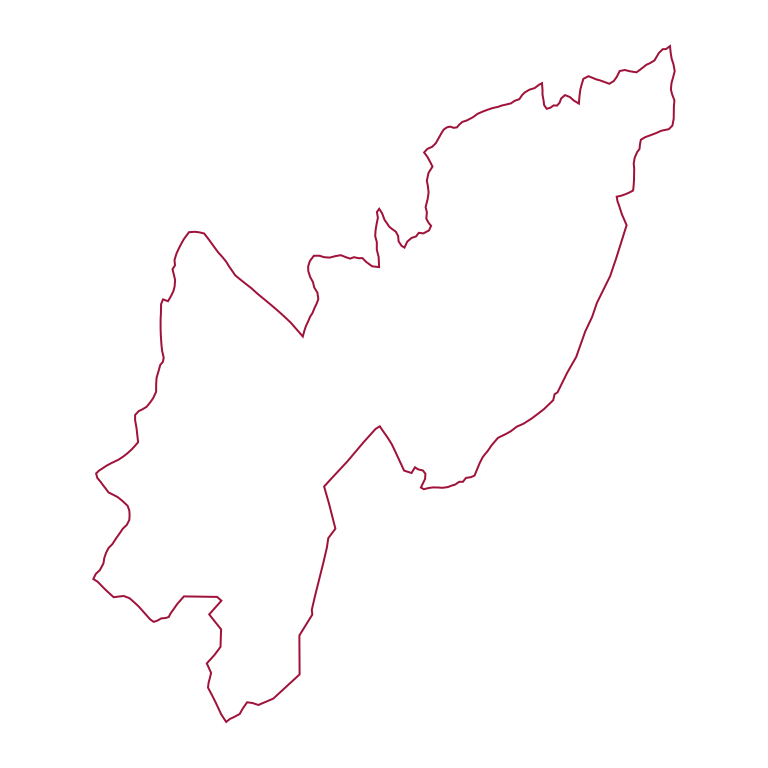 Luanda, Western, Kenya
{"feature_id": "3690345B72511409589589", "entity_name": "Luanda", "entity_type": "district", "adm_level": 2, "iso_a3": "KEN", "parent_name": "Kenya", "parent_adm1": "Western", "projection": "equal_earth", "projection_center": [34.601, 0.021], "detail": "fine", "context": "isolated", "style": "outline", "palette": "rose", "viewbox_px": 768, "rotation_deg": 0, "n_neighbors": 0, "source": "geoboundaries", "source_scale": "gbopen_adm2", "svg_char_len": 4730}
<svg xmlns="http://www.w3.org/2000/svg" viewBox="0 0 768 768"><path d="M204.2,233.5L199.2,232.3L194.7,231.8L189.0,232.2L183.8,239.2L180.5,245.2L178.7,248.7L176.5,253.5L174.5,260.0L175.0,265.3L172.5,269.2L173.7,274.0L175.1,280.0L174.6,286.6L173.3,291.4L170.7,296.6L168.0,301.2L163.0,299.4L161.1,304.1L160.9,314.0L160.6,319.2L160.6,328.7L160.8,334.7L161.4,344.2L162.1,350.8L163.7,357.7L162.8,362.0L160.3,364.8L158.6,370.9L156.6,377.6L156.2,383.2L156.1,391.8L153.2,398.1L149.9,402.8L146.6,406.8L142.5,409.3L138.7,411.1L135.1,415.0L135.1,420.1L136.5,428.0L138.1,442.2L135.2,445.6L131.5,449.6L126.7,453.9L123.3,456.5L118.5,459.7L114.7,461.5L111.4,463.1L106.3,465.8L102.6,468.3L98.9,470.7L96.1,473.5L97.3,477.9L100.8,482.1L103.5,485.8L105.8,488.7L108.5,492.4L112.9,494.6L117.7,497.1L122.4,500.9L127.6,505.8L129.3,510.5L129.6,515.2L129.3,520.0L126.8,524.9L122.8,528.7L120.1,532.7L116.0,538.5L112.3,544.2L108.7,547.8L106.1,552.7L104.3,558.0L103.4,563.5L99.8,570.2L95.8,573.9L93.3,579.0L97.6,581.7L101.4,585.6L104.9,589.2L113.6,597.2L119.1,596.5L123.8,596.0L129.5,598.2L134.1,602.2L138.7,606.5L150.0,619.2L153.7,621.9L157.4,620.6L161.2,618.4L165.6,618.0L168.7,617.0L170.6,613.4L177.1,604.2L183.9,596.4L217.1,596.9L221.4,600.7L209.2,614.4L213.0,619.2L221.1,629.4L220.7,640.7L220.5,646.9L218.2,650.0L214.5,654.9L210.9,658.9L206.8,663.4L211.1,672.9L209.7,678.7L208.6,682.7L208.0,687.6L211.9,695.0L215.5,702.1L221.2,714.3L223.9,718.5L226.2,721.9L230.0,718.9L233.9,717.1L239.7,714.0L242.6,708.8L247.1,702.3L252.5,703.0L258.3,705.0L273.3,698.6L299.6,674.4L299.4,641.1L299.4,635.4L312.3,614.6L311.8,609.8L315.2,595.2L323.5,562.1L326.8,548.0L328.3,538.1L335.4,528.7L329.0,503.6L324.1,486.5L333.1,476.7L347.2,461.6L363.6,442.2L375.6,428.9L379.8,426.3L382.9,430.9L387.7,437.7L391.8,444.3L394.5,449.9L404.1,470.6L411.5,473.0L415.0,467.3L417.9,469.3L422.9,470.5L425.4,473.7L425.1,478.9L420.9,487.5L423.8,489.2L429.1,487.9L433.3,487.4L437.9,487.5L442.4,487.8L447.8,487.1L451.7,485.6L455.1,484.6L459.2,481.8L462.9,481.8L466.0,477.9L470.8,477.2L474.5,475.6L479.8,462.8L482.9,456.8L487.6,451.1L491.6,445.3L494.4,442.0L498.0,437.8L506.1,433.9L511.0,431.1L516.7,426.7L523.5,423.7L531.2,418.8L537.4,414.2L543.9,409.2L553.2,400.2L554.6,394.2L557.5,392.4L567.2,372.7L576.2,357.0L579.8,346.8L585.3,331.3L587.3,327.1L592.2,316.7L596.9,302.9L610.2,276.0L613.8,265.2L615.8,259.5L626.6,225.2L624.3,219.8L622.0,214.6L620.6,210.4L619.1,205.6L617.5,201.3L616.7,196.7L620.9,195.8L625.5,194.2L630.0,192.2L633.1,190.5L633.6,186.0L634.0,179.9L634.1,172.9L634.2,168.5L633.7,163.6L634.7,157.7L637.2,152.0L639.5,149.0L640.0,144.1L640.9,139.7L645.3,137.1L651.1,135.0L656.8,132.8L661.1,130.8L665.2,129.9L668.8,129.2L672.4,125.6L673.7,118.7L673.8,113.0L673.9,106.8L674.4,100.2L672.0,94.0L670.9,89.4L671.5,83.0L673.2,77.0L674.7,71.1L673.5,64.4L671.7,58.9L670.7,53.0L670.0,46.1L666.0,49.1L662.7,49.2L658.8,53.1L654.5,60.4L649.9,63.2L646.3,64.8L642.4,67.9L639.7,70.0L636.5,72.3L633.2,71.8L629.5,71.2L624.9,70.0L619.7,71.0L616.8,76.8L613.8,81.0L609.3,83.8L604.3,81.9L599.8,80.3L596.6,79.5L592.7,77.9L588.5,76.2L583.4,78.8L581.6,84.7L580.4,89.3L579.5,95.8L578.9,103.6L573.9,100.6L569.8,97.0L565.0,95.1L561.1,98.5L559.6,102.7L557.0,105.6L553.6,105.4L550.6,107.6L546.7,108.8L544.1,105.0L543.6,100.7L542.5,94.7L542.5,89.9L542.0,83.2L539.0,84.8L534.6,88.1L529.6,89.6L524.8,92.4L522.1,95.1L519.3,99.2L514.7,100.8L510.9,103.4L505.4,104.7L501.9,105.5L497.9,106.9L492.8,108.0L487.7,109.7L482.7,111.6L477.6,113.8L472.7,117.4L466.7,120.5L462.4,121.9L459.5,124.4L456.9,127.4L453.6,127.8L450.1,126.6L446.8,127.4L443.7,129.6L441.6,132.9L438.5,138.4L435.8,143.2L432.3,146.7L427.4,148.9L424.1,152.4L427.6,157.2L430.7,163.0L432.5,166.6L428.6,172.7L426.8,180.7L427.9,186.2L428.6,192.5L427.7,198.8L425.6,207.2L426.9,212.3L426.3,218.6L428.7,223.0L431.1,225.8L429.0,230.4L423.4,233.4L418.8,232.8L416.0,236.5L411.6,237.9L407.2,241.7L404.5,247.6L401.5,245.8L398.6,241.3L398.1,235.9L395.8,231.7L392.9,229.6L389.3,226.8L386.9,223.2L384.5,219.8L382.2,213.5L379.2,208.8L376.9,212.0L377.9,217.8L376.7,223.5L375.6,229.9L375.2,236.2L376.8,242.0L376.8,249.7L378.6,256.8L378.9,262.7L379.1,267.1L372.1,266.3L366.4,262.1L362.4,258.1L358.7,258.2L354.0,257.2L350.1,258.6L346.4,257.4L340.9,255.2L335.5,256.1L329.7,257.6L324.1,257.2L319.4,255.7L313.8,255.8L309.9,261.0L308.1,266.6L308.3,271.2L310.2,277.0L313.0,282.2L314.2,287.4L317.4,292.6L318.3,299.1L316.7,303.5L314.6,307.8L312.4,313.2L310.2,316.5L308.0,321.7L305.9,326.1L304.3,331.0L302.8,336.5L290.7,322.6L285.1,317.3L279.6,312.3L272.1,305.8L265.0,299.9L257.9,294.1L251.5,288.3L245.2,283.4L239.4,278.8L235.1,275.2L232.2,270.9L229.0,266.3L226.4,262.0L222.4,257.0L218.2,252.4L213.7,246.3L209.1,239.9L204.2,233.5Z" fill="none" stroke="#9f1239" stroke-width="2"/></svg>